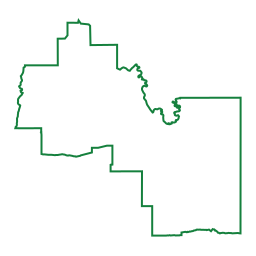 the district of Loxton Waikerie, South Australia, Australia
{"feature_id": "25037944B91781040485830", "entity_name": "Loxton Waikerie", "entity_type": "district", "adm_level": 2, "iso_a3": "AUS", "parent_name": "Australia", "parent_adm1": "South Australia", "projection": "robinson", "projection_center": [140.079, -34.476], "detail": "fine", "context": "isolated", "style": "outline", "palette": "green", "viewbox_px": 256, "rotation_deg": 0, "n_neighbors": 0, "source": "geoboundaries", "source_scale": "gbopen_adm2", "svg_char_len": 5739}
<svg xmlns="http://www.w3.org/2000/svg" viewBox="0 0 256 256"><path d="M240.6,97.7L194.0,97.8L180.4,97.8L180.4,98.2L180.2,98.4L179.8,98.2L179.3,98.2L177.3,98.7L176.4,98.8L176.0,98.9L175.8,99.1L175.6,99.6L175.7,100.1L176.6,101.6L176.6,102.0L176.5,102.3L176.2,102.5L175.9,102.5L174.8,102.3L174.1,102.1L173.0,101.5L172.7,101.7L172.5,102.2L172.7,102.5L173.6,102.8L174.3,103.1L174.5,103.5L174.7,103.9L175.0,104.2L175.5,104.4L176.4,104.2L176.7,104.4L176.8,104.7L176.6,104.9L174.9,105.2L174.8,105.3L174.6,105.5L174.6,105.8L174.8,106.1L175.3,106.3L175.4,106.2L176.0,105.9L176.3,105.8L176.8,106.5L176.9,106.8L176.9,107.4L177.1,107.7L177.4,107.8L177.7,107.6L178.2,106.0L178.6,105.6L179.2,105.6L179.8,106.0L179.9,106.4L180.1,106.8L180.0,107.3L180.0,107.5L179.1,108.4L179.1,108.7L179.1,109.3L179.3,109.6L179.9,110.1L179.9,110.3L179.4,111.1L179.0,111.3L176.8,111.5L175.9,111.9L175.0,112.0L174.5,112.3L174.3,112.5L174.2,112.8L174.3,113.3L174.8,113.7L174.9,114.0L174.8,114.8L174.9,115.0L175.2,115.3L175.6,115.5L176.6,115.7L177.3,115.5L178.0,115.2L178.5,115.7L178.9,116.3L179.0,116.5L178.8,116.9L178.5,118.5L177.9,119.5L177.7,119.7L177.0,120.0L176.3,120.0L175.9,120.1L175.7,120.5L175.7,120.9L176.0,121.6L174.8,122.4L174.3,122.5L173.3,122.5L172.7,122.4L172.3,122.2L171.8,122.3L171.5,122.5L171.7,123.5L170.4,124.1L170.0,124.1L169.6,124.1L169.3,123.8L168.8,123.2L168.3,123.3L168.2,123.5L168.4,124.1L167.1,123.9L166.5,123.6L166.0,123.3L165.1,122.3L163.9,121.3L163.6,121.0L163.5,120.6L163.4,119.9L163.2,117.5L163.4,115.5L163.3,115.1L163.0,114.7L162.7,114.4L161.5,114.3L161.2,114.1L161.0,113.8L161.0,113.4L161.1,113.1L161.3,112.9L162.1,112.4L162.2,112.2L162.2,111.8L162.0,111.6L161.2,111.3L161.0,111.1L160.9,110.9L161.0,110.7L161.7,110.5L161.9,110.4L162.0,110.2L162.0,109.9L161.9,109.7L160.9,109.0L160.2,108.6L159.7,108.5L159.1,108.5L158.7,108.6L157.4,109.3L157.0,109.3L155.6,109.0L155.3,109.0L154.6,109.3L154.0,109.9L153.6,110.7L153.4,111.8L153.1,112.3L152.9,112.4L152.6,112.5L150.3,109.6L148.8,107.2L147.3,105.0L146.9,104.1L146.6,103.2L146.0,100.9L145.7,100.4L145.2,99.9L144.4,98.9L144.0,98.3L144.0,97.8L144.0,97.2L144.7,95.8L144.8,95.5L144.8,94.6L144.4,93.7L143.5,92.7L142.9,91.5L142.1,89.9L142.0,89.3L142.0,88.4L142.5,87.2L142.8,86.6L143.6,86.0L144.3,85.8L144.6,85.8L145.7,86.3L146.4,86.5L146.7,86.4L147.1,85.9L147.2,85.7L147.1,85.3L146.7,84.6L146.2,84.1L145.4,83.8L145.1,83.4L145.0,83.1L145.2,82.8L145.9,82.5L146.3,82.1L146.5,81.8L146.6,81.2L146.2,80.6L145.7,80.4L145.4,80.3L144.5,80.4L144.2,80.3L144.0,79.8L143.6,79.4L143.3,79.2L143.0,79.2L142.2,79.6L141.9,79.4L141.9,79.2L142.1,78.8L142.3,78.2L142.2,77.6L141.5,76.6L141.3,76.4L140.5,76.4L140.2,76.5L139.4,77.2L139.1,77.4L138.8,77.4L138.5,77.3L138.4,77.1L138.3,76.4L138.6,75.9L138.8,75.7L140.9,74.5L141.3,74.0L141.5,73.4L141.6,72.8L141.5,72.4L141.1,71.8L140.3,70.8L140.0,70.8L138.2,70.7L137.9,70.6L137.5,70.3L137.3,69.9L137.3,69.5L137.5,68.8L137.7,68.5L138.3,68.1L139.0,67.9L139.3,67.8L139.4,67.5L139.3,67.3L139.2,67.0L138.9,66.8L137.7,66.6L137.1,66.3L136.7,65.7L136.8,64.9L136.6,64.5L136.2,64.4L135.9,64.5L135.7,64.6L133.2,67.2L132.0,68.1L131.4,68.9L130.7,69.5L130.0,70.7L129.8,70.8L128.7,70.5L128.0,70.2L126.1,68.4L125.2,68.0L123.6,67.4L123.0,67.5L121.9,68.1L121.2,68.6L120.2,69.6L119.9,69.6L117.1,68.3L117.1,44.8L90.5,45.1L90.1,25.8L88.7,24.4L80.8,23.6L78.6,20.4L78.0,22.8L67.5,22.7L67.5,35.4L67.4,35.5L64.9,38.6L57.7,38.7L57.8,65.3L25.0,65.3L25.1,66.2L24.9,66.6L24.7,67.0L23.9,67.4L23.6,67.6L23.4,70.6L23.2,71.9L22.9,72.9L21.6,75.2L20.8,76.1L21.2,77.4L21.4,78.7L21.9,79.7L22.0,80.2L22.0,80.7L21.7,81.2L20.9,82.3L20.6,83.0L20.6,83.4L20.7,84.5L20.5,85.1L20.1,85.6L19.4,86.0L19.1,86.3L19.5,87.2L20.2,88.2L20.8,88.6L21.8,88.8L22.1,89.6L22.0,90.1L21.5,90.6L20.6,90.8L20.8,91.8L21.3,92.5L21.5,92.6L22.0,92.8L22.7,92.9L22.7,93.1L22.1,94.0L21.7,94.9L20.0,96.4L18.9,97.9L18.5,98.4L18.1,99.1L18.0,100.1L18.1,101.5L17.9,102.7L18.0,103.4L18.1,103.7L18.6,104.3L18.9,104.6L20.0,105.2L20.2,105.4L20.2,105.7L19.6,107.8L19.2,108.9L18.7,111.1L18.1,112.3L18.1,113.3L17.9,114.5L17.8,116.4L17.1,118.2L17.0,118.7L17.1,121.6L16.8,123.3L16.9,124.8L16.6,126.0L15.6,127.1L15.5,127.9L15.4,128.2L18.4,128.2L18.8,128.3L41.2,128.2L41.2,131.4L41.1,131.7L41.3,131.7L41.4,132.0L41.2,133.1L41.4,133.5L41.5,134.9L41.5,154.0L43.0,154.4L44.7,154.4L48.3,154.8L51.5,154.8L55.1,155.2L55.7,155.0L57.8,155.0L59.3,154.7L61.4,154.4L62.1,154.2L63.6,154.5L64.6,154.6L65.7,155.0L66.3,155.3L67.2,155.5L68.5,155.5L69.0,155.3L69.6,155.3L69.9,155.4L72.5,155.9L73.3,156.2L73.6,156.2L73.9,156.3L75.6,156.4L76.0,156.7L80.2,155.8L80.7,155.4L91.9,152.5L91.9,147.8L98.1,147.8L106.8,145.7L112.4,145.7L112.4,164.6L111.8,164.7L111.1,164.6L110.6,164.8L110.6,171.4L142.0,171.3L141.9,206.1L152.2,206.1L152.2,235.6L166.1,235.6L167.5,235.4L168.4,235.5L169.7,235.2L170.5,235.5L174.0,235.2L174.5,235.2L175.7,235.5L177.0,235.4L179.4,235.4L180.2,235.1L181.5,235.1L181.5,232.5L182.2,232.4L185.3,231.8L185.9,232.0L186.4,232.2L186.8,232.2L187.1,232.1L187.2,231.9L187.4,231.8L187.9,232.1L188.2,232.0L189.3,231.7L189.6,231.5L190.2,231.6L190.8,231.5L191.7,231.2L192.8,231.1L193.3,230.9L193.6,230.6L195.8,230.2L196.4,229.7L196.7,229.8L197.4,229.6L198.9,229.7L199.3,229.6L200.4,229.6L200.9,229.8L201.1,229.8L203.6,229.8L204.5,229.9L206.5,229.9L206.7,230.1L209.0,229.6L211.0,231.2L212.6,229.2L212.9,229.4L213.3,229.4L214.0,229.3L214.7,229.8L214.7,230.0L215.1,230.6L215.5,230.5L215.9,230.8L216.1,230.8L217.0,231.5L217.6,232.1L217.8,232.6L218.1,232.7L218.9,232.8L219.4,233.2L219.9,233.4L220.2,233.3L220.4,233.1L222.0,232.9L222.4,232.8L222.9,232.8L224.2,232.9L224.9,233.2L225.5,233.3L226.3,233.2L227.1,233.2L228.4,232.9L230.3,233.1L231.0,233.0L232.0,233.3L233.1,233.3L238.0,233.0L239.2,233.3L240.5,233.4L240.6,120.7L240.6,97.7Z" fill="none" stroke="#15803d" stroke-width="2"/></svg>